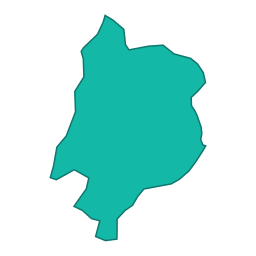 outline of Faleia, Paphos, Cyprus
{"feature_id": "46923920B65906378880060", "entity_name": "Faleia", "entity_type": "district", "adm_level": 2, "iso_a3": "CYP", "parent_name": "Cyprus", "parent_adm1": "Paphos", "projection": "mercator", "projection_center": [32.588, 34.857], "detail": "fine", "context": "isolated", "style": "filled", "palette": "teal", "viewbox_px": 256, "rotation_deg": 0, "n_neighbors": 0, "source": "geoboundaries", "source_scale": "gbopen_adm2", "svg_char_len": 808}
<svg xmlns="http://www.w3.org/2000/svg" viewBox="0 0 256 256"><path d="M81.2,51.4L83.3,58.8L83.9,76.8L74.8,91.4L75.5,111.8L66.3,135.9L56.9,147.1L53.6,165.7L50.3,177.6L56.3,179.7L74.2,169.7L88.8,177.9L86.3,188.9L79.4,198.6L74.0,206.4L82.4,210.4L91.5,218.6L99.8,220.8L95.6,236.5L105.5,240.6L116.9,239.1L117.0,234.9L117.1,224.5L117.1,219.0L124.9,210.6L132.6,205.2L137.9,196.2L143.9,189.0L156.5,186.6L171.2,183.9L179.2,179.4L189.1,170.8L195.5,162.1L203.4,149.9L205.7,145.8L202.9,145.0L200.7,139.6L201.8,133.8L201.2,127.4L197.2,115.9L195.1,111.3L191.5,105.7L191.2,97.4L197.7,91.3L205.5,82.4L203.3,72.6L197.6,64.1L190.7,58.4L174.0,53.9L163.1,45.2L148.4,46.2L129.0,49.9L125.5,44.7L123.8,29.4L113.1,20.2L105.1,15.4L103.2,22.1L97.5,34.3L83.6,47.7L81.2,51.4Z" fill="#14b8a6" stroke="#0f766e" stroke-width="1.5"/></svg>